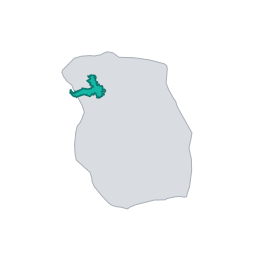 location of Telle, Quthing, Lesotho, rotated 123°
{"feature_id": "5366337B55047013089331", "entity_name": "Telle", "entity_type": "district", "adm_level": 2, "iso_a3": "LSO", "parent_name": "Lesotho", "parent_adm1": "Quthing", "projection": "equal_earth", "projection_center": [28.078, -30.25], "detail": "fine", "context": "in_parent", "style": "filled", "palette": "teal", "viewbox_px": 256, "rotation_deg": 123, "n_neighbors": 0, "source": "geoboundaries", "source_scale": "gbopen_adm2", "svg_char_len": 6239}
<svg xmlns="http://www.w3.org/2000/svg" viewBox="0 0 256 256"><g transform="rotate(123 128 128)"><path d="M160.3,169.3L154.6,171.4L153.8,171.6L150.2,171.1L145.4,171.6L141.6,172.7L138.6,173.1L133.8,179.1L125.1,195.1L122.7,198.4L122.1,204.7L120.1,209.7L117.6,213.5L115.2,214.5L107.9,212.9L98.6,211.0L93.1,206.1L88.3,199.8L85.8,195.2L83.1,192.7L82.2,191.2L78.4,189.1L76.9,188.0L75.7,187.2L74.1,184.1L73.2,181.5L73.6,174.1L70.9,169.6L66.3,162.1L63.3,155.9L59.4,147.4L56.9,140.1L54.4,132.6L54.7,129.4L57.1,127.2L64.1,123.4L69.6,120.5L73.5,115.1L77.8,107.1L79.8,102.3L81.9,100.1L84.2,96.7L88.2,89.1L92.6,80.7L97.3,71.7L103.3,69.1L111.5,66.1L119.3,58.2L128.7,51.6L143.8,44.4L150.9,42.6L153.5,41.5L155.2,42.9L157.0,47.0L159.6,50.5L165.5,56.5L168.1,57.9L174.2,66.8L180.8,72.9L188.3,79.9L193.5,83.4L196.1,84.3L198.2,90.6L200.4,95.2L201.6,99.5L201.4,103.7L198.9,114.0L195.4,124.5L192.6,128.8L189.2,131.6L185.9,135.7L184.6,144.1L183.0,154.0L178.7,158.1L175.3,160.7L170.6,164.0L160.3,169.3Z" fill="#d9dde1" stroke="#a8b0b8" stroke-width="1"/><path d="M126.9,197.3L127.5,196.9L127.5,196.7L128.1,196.8L128.4,196.7L128.5,196.3L128.6,195.9L128.9,195.7L129.0,195.3L129.5,195.5L129.7,195.8L130.1,195.8L130.2,195.7L129.9,194.6L130.0,194.5L130.3,194.4L130.6,193.1L130.8,192.9L130.8,192.3L131.0,191.8L131.0,191.6L130.9,191.2L130.8,190.9L131.0,190.5L130.9,190.3L130.7,189.9L130.4,189.8L130.1,189.8L129.9,189.4L129.8,188.7L130.0,188.5L130.1,188.4L129.9,188.3L129.9,188.2L130.1,187.9L129.5,187.8L129.3,187.4L128.6,187.1L128.3,186.6L127.8,186.6L127.5,186.4L127.5,186.1L127.4,185.9L126.8,185.5L126.5,185.7L126.3,185.6L126.0,185.4L126.2,185.1L126.1,184.9L125.8,184.8L125.5,184.5L125.2,184.2L124.8,184.0L124.8,183.9L124.6,183.9L124.0,183.6L123.6,182.8L123.6,181.8L123.4,181.6L123.2,181.5L123.1,181.2L123.0,181.4L122.7,181.0L122.9,180.9L122.9,180.5L122.8,180.4L123.0,180.3L122.9,179.9L122.7,179.3L122.7,178.8L122.5,178.4L122.4,177.6L122.3,177.2L122.2,177.1L121.9,176.9L121.7,177.0L121.4,177.0L121.0,176.9L120.6,176.9L120.2,176.7L119.9,176.8L119.7,176.6L119.0,176.8L119.3,176.0L119.3,175.5L119.2,175.2L118.9,174.9L118.7,175.0L118.4,175.2L118.2,174.9L118.0,175.0L117.8,174.9L117.4,175.0L117.1,175.0L116.9,175.1L116.7,175.1L116.7,174.7L116.6,174.3L116.9,174.3L116.8,174.1L116.9,173.4L117.0,173.3L117.2,173.2L117.3,173.1L117.4,172.9L117.6,172.7L117.8,172.1L118.0,172.0L118.0,171.8L118.1,171.5L118.3,171.5L118.4,171.3L118.5,171.3L118.7,171.1L119.0,170.8L119.4,170.8L119.5,170.4L119.4,170.3L118.9,170.3L118.9,170.1L118.6,169.9L118.9,169.8L118.8,169.1L118.7,169.0L118.4,168.9L118.2,168.9L118.3,168.7L118.2,168.6L118.1,168.9L117.8,169.1L117.8,168.9L118.0,168.3L117.2,168.0L116.9,168.0L116.6,167.9L116.1,167.4L115.5,167.0L115.4,167.1L115.1,167.2L115.0,167.4L115.1,167.8L114.9,168.0L114.7,167.9L114.1,167.3L113.5,166.4L113.2,166.2L112.7,166.6L112.3,166.8L112.3,167.0L112.8,167.6L112.8,167.8L112.6,168.8L112.5,169.1L112.2,169.4L112.1,169.6L111.9,169.9L111.6,169.9L111.1,169.7L110.6,169.3L110.6,169.0L110.8,168.5L110.9,168.1L110.8,167.5L110.5,167.1L110.2,167.2L109.5,167.0L109.2,167.1L109.0,167.5L108.7,167.7L108.6,167.9L108.4,168.4L108.4,168.7L108.5,169.2L108.6,169.3L109.0,169.9L109.4,170.2L109.5,170.4L109.5,170.5L108.9,170.9L108.0,171.2L107.8,171.3L107.7,171.8L107.0,172.0L106.8,172.6L107.0,173.0L107.6,173.7L107.9,174.3L108.0,174.6L107.9,175.4L107.7,175.6L107.2,175.8L107.1,176.0L107.3,176.6L107.5,176.8L107.8,176.9L108.6,176.7L109.1,177.0L109.0,177.4L108.5,178.1L108.1,178.4L107.7,179.1L107.2,179.1L107.0,178.4L106.9,178.3L106.5,178.3L106.3,178.5L106.1,178.9L106.1,179.3L106.2,179.7L106.1,181.0L106.0,181.3L105.5,181.9L104.2,181.8L104.1,182.2L104.3,182.7L104.3,183.2L104.2,183.6L104.0,183.8L103.7,183.8L103.6,183.7L103.3,183.4L103.1,182.8L102.9,182.6L102.7,182.6L102.5,183.4L102.4,183.5L102.2,183.8L102.3,184.0L102.3,184.6L102.2,184.7L102.4,185.0L102.4,185.3L102.6,185.4L102.7,185.9L102.9,185.9L103.2,186.0L103.4,186.3L103.6,186.9L103.8,187.2L103.6,187.6L104.0,187.8L104.3,188.3L104.7,188.1L104.7,188.4L104.9,188.4L105.6,188.6L105.9,188.4L106.2,188.6L106.0,188.9L106.1,189.5L106.2,189.4L106.5,189.5L106.7,188.8L107.0,188.3L106.9,188.1L106.8,186.7L107.0,186.5L107.3,186.2L108.0,186.3L108.3,186.6L108.5,186.7L108.9,187.0L109.2,187.4L109.5,187.6L109.9,187.4L110.2,187.7L110.5,187.9L110.6,188.0L110.8,187.6L110.9,186.5L111.1,185.3L110.7,185.3L110.4,185.0L110.2,184.8L110.3,184.4L110.5,184.1L111.0,183.6L111.4,183.2L111.5,183.2L111.7,183.4L111.9,183.5L112.0,183.7L112.4,183.3L112.6,183.1L112.4,182.9L112.4,182.6L112.3,182.4L112.3,181.8L112.1,181.3L112.1,181.1L112.0,180.7L111.9,180.5L111.8,180.3L111.9,180.1L112.2,180.1L112.6,179.6L112.8,179.6L113.0,179.9L113.2,180.0L113.3,180.1L113.3,180.3L113.5,180.6L113.5,180.8L113.7,181.0L113.8,180.9L113.6,180.7L113.7,180.3L113.9,180.4L114.1,180.4L114.2,180.7L114.6,180.8L114.8,180.3L115.0,180.3L115.2,180.6L115.3,180.7L115.6,181.2L115.7,181.3L116.0,181.4L116.2,181.8L116.4,181.9L116.5,182.1L116.8,182.2L116.9,182.3L117.0,182.8L117.3,182.9L117.5,183.1L117.7,183.3L117.8,183.5L118.0,184.2L117.9,184.4L117.8,184.7L118.4,185.1L118.6,185.5L118.8,185.9L118.7,186.2L118.9,186.8L119.2,187.1L119.4,187.1L119.5,187.3L119.5,187.5L119.4,187.6L119.5,187.9L119.8,187.7L119.7,187.6L119.9,187.5L120.0,187.5L120.1,187.8L120.3,187.8L120.6,188.1L121.2,188.2L121.3,188.1L121.5,188.3L121.8,188.3L122.0,188.5L122.4,189.0L122.6,188.9L122.7,189.0L122.8,189.0L123.2,189.3L123.2,189.6L123.4,189.7L123.5,189.7L123.8,189.6L123.7,189.7L123.7,189.8L123.8,190.0L124.2,189.8L124.3,190.1L124.7,190.2L124.8,190.1L124.7,190.4L124.7,190.5L124.9,190.5L125.0,190.3L125.1,190.6L125.0,190.9L125.2,190.7L125.3,190.7L125.3,190.8L125.3,191.0L125.7,191.0L125.8,191.3L126.0,191.2L126.5,191.2L126.6,191.4L126.4,191.4L126.3,191.8L126.6,191.6L126.6,191.8L127.3,191.8L127.1,192.0L127.6,192.0L127.6,192.5L127.8,192.6L127.9,192.0L128.2,192.3L128.2,192.1L128.3,192.1L128.4,192.5L128.4,192.9L128.5,193.2L128.7,192.9L129.0,193.1L128.8,193.1L128.7,193.3L128.4,193.3L128.4,193.1L128.2,193.1L128.3,193.4L128.4,193.5L128.4,193.8L128.5,193.9L128.6,194.0L128.2,194.0L128.1,194.4L128.1,194.6L128.4,194.9L128.4,195.1L128.2,195.2L128.3,195.4L128.0,195.5L127.8,195.8L127.8,196.0L127.5,196.2L127.4,196.3L127.2,196.5L127.1,197.1L126.9,197.3Z" fill="#14b8a6" stroke="#0f766e" stroke-width="1.5"/></g></svg>